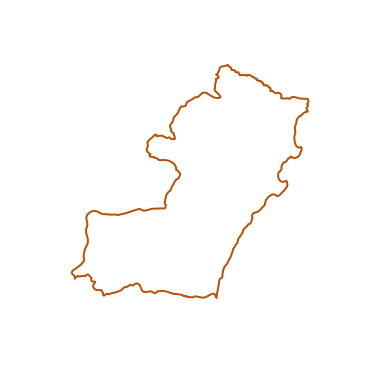 outline of Kaur, Bengkulu, Indonesia, rotated 250°
{"feature_id": "22746128B79405855452274", "entity_name": "Kaur", "entity_type": "district", "adm_level": 2, "iso_a3": "IDN", "parent_name": "Indonesia", "parent_adm1": "Bengkulu", "projection": "equal_earth", "projection_center": [103.389, -4.591], "detail": "fine", "context": "isolated", "style": "outline", "palette": "amber", "viewbox_px": 384, "rotation_deg": 250, "n_neighbors": 0, "source": "geoboundaries", "source_scale": "gbopen_adm2", "svg_char_len": 6065}
<svg xmlns="http://www.w3.org/2000/svg" viewBox="0 0 384 384"><g transform="rotate(250 192 192)"><path d="M84.3,178.9L89.2,181.4L90.2,182.2L95.4,185.1L95.9,185.6L97.1,186.1L97.6,186.4L98.1,186.5L99.7,187.4L100.3,188.0L100.9,189.0L101.2,190.7L101.7,191.5L104.1,192.4L105.4,193.1L108.2,194.8L110.3,196.6L111.6,198.8L113.1,201.0L116.3,204.1L116.6,204.9L119.5,207.6L121.8,209.3L122.2,209.8L123.3,210.4L124.6,211.5L125.2,212.3L125.9,213.5L127.5,215.0L128.4,217.0L132.1,219.5L133.0,220.6L133.7,222.0L136.8,225.7L137.3,226.4L138.6,227.0L140.4,229.8L140.6,230.9L140.9,231.3L141.0,232.2L142.1,233.4L142.5,234.1L142.3,235.9L142.4,236.1L143.8,237.6L144.8,238.3L146.0,238.9L146.6,239.7L147.2,239.9L149.0,240.2L150.7,241.6L151.2,242.9L151.0,244.3L151.1,245.6L150.8,246.5L151.2,247.6L151.6,249.6L152.9,251.5L153.5,253.1L154.0,254.0L154.2,254.7L155.5,256.4L156.7,256.8L159.2,258.9L161.3,262.3L162.1,265.5L162.2,266.6L162.1,267.5L160.8,269.2L159.2,270.5L158.9,271.4L158.8,272.3L159.3,273.6L162.5,280.2L163.8,281.8L164.3,282.9L165.2,283.6L166.6,284.3L169.3,284.7L170.1,284.5L170.3,284.2L170.2,282.1L170.4,280.8L170.9,280.0L171.6,279.3L173.5,278.2L176.5,278.1L179.3,279.1L180.4,279.8L181.2,280.7L181.4,281.9L182.3,283.3L183.4,284.3L184.6,284.4L185.6,285.1L187.5,286.8L188.3,288.2L188.5,288.9L188.1,289.4L188.4,290.6L189.1,292.1L190.3,293.5L190.5,293.9L190.5,295.0L191.4,296.4L191.3,297.2L191.0,297.4L190.7,297.4L189.7,298.8L189.2,299.3L188.8,300.1L188.6,303.0L189.4,304.8L190.4,306.1L192.4,307.9L194.9,309.8L196.0,310.0L196.5,310.0L197.1,309.4L197.0,308.0L197.9,306.7L198.9,306.0L200.3,305.5L205.0,305.9L207.4,306.5L208.8,307.0L210.2,307.8L211.8,309.1L214.0,309.9L217.0,310.5L219.1,311.9L220.6,313.2L222.7,314.3L224.0,315.3L225.3,316.7L226.3,318.3L226.5,320.6L227.3,322.1L227.5,322.9L228.3,324.7L228.3,326.8L228.0,327.7L228.0,328.2L228.3,328.4L228.8,328.0L231.9,328.4L232.2,328.7L232.9,330.2L234.3,330.7L235.3,330.2L236.0,331.3L237.0,332.3L238.4,332.6L238.9,332.4L239.5,332.5L240.0,332.4L242.6,326.0L245.7,321.5L246.8,319.3L247.0,317.8L246.3,316.2L246.4,315.2L247.5,314.0L247.8,311.6L249.5,308.0L250.6,308.2L251.6,308.9L252.4,309.1L253.8,308.9L255.1,308.0L255.9,306.7L255.8,305.6L256.2,304.5L259.5,301.9L260.2,300.3L262.5,301.3L262.9,301.2L263.7,300.1L264.3,299.8L265.6,300.0L266.2,299.5L266.7,297.7L267.7,297.3L267.6,296.5L267.7,296.2L268.2,296.1L268.6,295.7L269.0,296.0L269.6,295.9L270.0,296.0L270.4,295.5L271.0,295.6L271.8,294.6L272.8,294.5L273.3,293.6L273.4,292.6L275.1,292.0L275.1,291.2L275.8,291.2L276.6,290.6L277.0,290.8L277.2,290.1L278.8,289.3L279.9,287.7L280.9,287.6L282.5,285.6L282.7,285.2L282.5,284.7L282.5,284.4L283.0,283.9L283.1,283.6L282.7,283.0L283.7,282.0L283.9,281.1L284.7,279.8L284.7,278.9L285.5,277.0L285.9,276.7L286.7,276.9L288.8,276.3L289.7,274.0L291.9,273.7L293.1,271.1L295.6,271.0L297.7,269.4L299.0,269.2L299.7,262.3L299.2,260.6L297.0,259.1L294.6,256.7L294.2,255.8L294.1,255.0L293.4,255.2L292.3,256.2L291.5,256.5L290.9,256.4L290.1,255.4L290.0,254.8L290.2,253.7L290.1,253.4L287.1,252.0L284.6,250.0L282.4,249.6L280.8,248.3L279.9,248.1L278.7,248.5L276.1,249.9L274.3,250.7L272.1,251.2L271.5,251.2L271.2,250.1L271.5,248.4L272.1,246.9L273.5,244.8L275.7,242.9L280.2,239.5L281.4,237.1L281.5,235.8L281.2,234.6L279.4,230.7L279.9,226.1L279.2,225.0L278.3,218.5L278.0,217.9L277.1,217.2L275.0,215.1L275.4,213.5L275.4,212.5L276.1,211.3L275.6,210.0L270.9,205.5L269.8,203.5L268.1,200.1L266.4,199.3L264.0,197.1L262.9,194.9L261.6,193.8L257.6,193.8L256.9,193.3L256.0,193.2L253.2,194.9L252.5,194.5L250.2,194.6L248.3,194.3L247.8,193.9L247.7,193.3L248.4,192.6L248.4,191.5L249.4,190.3L251.2,189.2L251.2,187.1L252.2,186.0L254.5,183.8L254.8,183.7L255.4,182.6L256.3,179.2L256.2,179.0L256.5,177.8L258.3,177.7L258.4,176.8L257.9,175.3L256.9,173.5L256.2,171.2L254.6,167.9L253.5,166.9L250.6,166.5L248.2,164.4L246.6,163.7L245.2,163.8L243.0,164.9L241.7,165.8L240.8,164.5L239.8,164.5L239.1,165.8L238.1,167.0L237.8,168.5L236.7,168.8L235.5,170.7L233.9,171.5L233.3,172.0L232.4,174.1L231.9,176.4L231.2,177.5L230.6,178.8L229.3,180.9L227.2,182.9L224.2,185.0L221.3,185.4L220.5,185.4L218.7,184.8L217.8,185.1L217.5,185.5L216.2,186.4L214.2,186.7L213.5,187.2L213.1,187.2L211.4,186.0L209.6,184.0L209.2,183.1L209.1,181.6L207.4,178.9L206.5,177.9L205.4,177.1L204.8,176.0L203.5,174.8L202.8,173.8L201.1,172.6L200.6,171.6L200.3,170.3L198.3,167.2L195.1,164.9L193.3,164.1L192.0,162.8L189.8,162.6L188.9,163.0L187.3,162.2L186.2,161.5L186.0,160.7L186.1,160.0L187.1,157.6L188.3,153.9L188.7,152.3L189.5,150.2L190.1,147.9L190.1,145.9L190.4,143.1L190.7,140.8L191.6,139.3L193.3,137.8L194.1,136.5L194.3,134.7L194.6,128.4L194.7,122.2L195.3,118.6L195.7,114.5L197.0,112.3L198.9,107.0L200.0,105.0L201.0,102.2L201.8,100.6L202.1,100.0L206.2,96.1L207.2,94.6L207.9,92.7L208.1,91.6L207.7,88.7L206.6,86.2L205.9,85.4L204.7,84.2L202.8,83.6L197.3,82.7L193.3,79.9L190.3,78.6L183.8,78.1L182.3,77.7L181.1,77.2L179.4,76.4L175.1,72.1L173.2,70.6L168.9,68.3L164.5,67.1L164.0,66.6L163.2,65.4L161.3,61.7L159.0,53.4L158.1,52.0L157.3,51.4L156.2,51.4L153.0,52.9L151.0,52.5L152.1,55.0L152.0,56.2L151.2,57.0L150.4,61.1L149.8,62.5L149.5,63.4L150.3,64.8L150.2,65.8L149.5,66.5L145.8,68.1L144.3,67.3L143.2,67.1L142.2,67.4L141.2,69.9L140.7,70.2L140.0,69.7L138.9,68.1L137.9,67.2L137.0,66.8L136.6,66.7L133.6,67.5L132.3,69.3L131.2,72.2L130.6,73.4L127.1,73.8L125.4,73.3L124.8,73.7L124.7,74.4L125.5,76.3L125.6,77.1L125.2,77.9L124.5,78.2L124.3,78.9L124.4,80.9L123.9,85.8L123.8,89.3L123.9,91.5L124.2,92.5L125.3,94.9L125.6,96.0L125.3,97.4L125.2,98.9L126.0,101.8L125.7,102.7L124.3,104.5L124.4,105.2L125.2,107.1L125.0,108.8L124.9,109.2L122.7,111.0L117.1,111.3L115.4,111.9L114.7,112.4L114.2,113.3L113.5,115.6L112.9,119.2L110.1,121.9L109.7,122.8L109.7,124.0L110.5,125.9L110.0,127.3L109.6,129.2L108.9,131.1L107.8,133.0L105.8,135.9L104.6,137.2L103.8,138.5L102.4,139.9L101.6,142.2L98.9,147.3L98.2,147.9L97.3,148.3L96.7,149.5L96.3,149.9L96.5,150.4L95.9,151.4L95.0,151.5L92.7,156.9L93.1,158.4L92.1,160.8L89.0,165.9L88.5,169.3L89.4,175.1L89.3,176.6L89.0,177.7L88.2,177.9L87.4,179.1L86.6,178.5L85.1,178.4L84.3,178.9Z" fill="none" stroke="#b45309" stroke-width="2"/></g></svg>